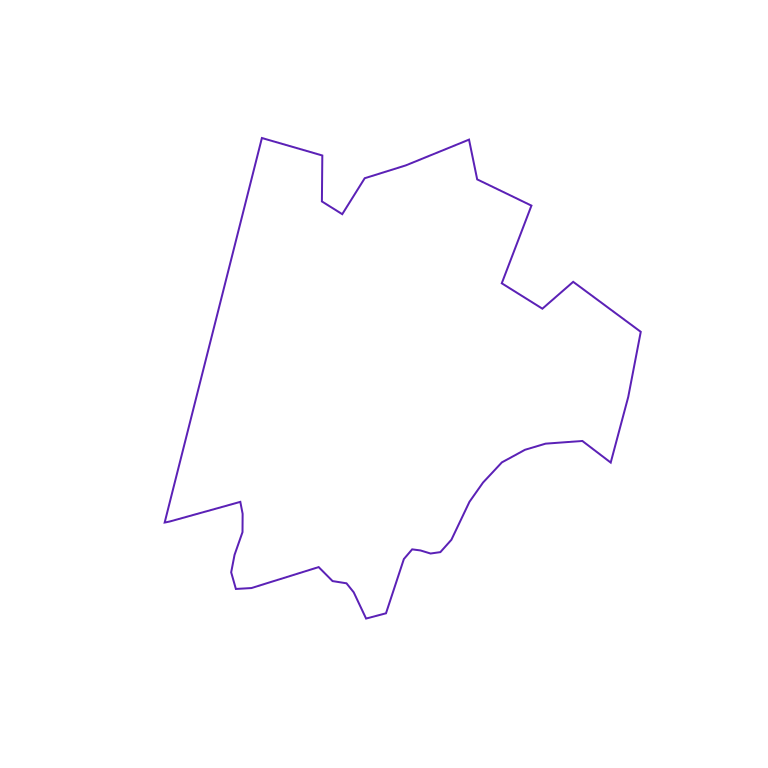 Vainodes, Equal Earth projection, rotated 122°
{"feature_id": "LVA-5713", "entity_name": "Vainodes", "entity_type": "Municipality", "adm_level": 1, "iso_a3": "LVA", "parent_name": "Latvia", "parent_adm1": "", "projection": "equal_earth", "projection_center": [21.86, 56.449], "detail": "fine", "context": "isolated", "style": "outline", "palette": "violet", "viewbox_px": 768, "rotation_deg": 122, "n_neighbors": 0, "source": "natural_earth", "source_scale": "10m", "svg_char_len": 706}
<svg xmlns="http://www.w3.org/2000/svg" viewBox="0 0 768 768"><g transform="rotate(122 384 384)"><path d="M590.4,505.4L240.1,617.9L222.9,557.4L262.1,533.4L262.1,509.4L219.7,509.4L187.1,481.4L131.7,441.4L161.1,413.4L154.6,353.5L236.2,337.5L236.2,289.6L197.1,277.7L203.7,193.9L265.6,170.0L330.5,150.1L327.2,185.6L349.0,215.4L365.1,229.6L388.0,242.5L415.1,247.8L438.6,249.1L480.4,244.3L496.7,247.1L503.1,254.7L505.8,264.8L509.3,272.5L521.9,274.4L577.4,260.8L592.4,274.9L576.7,299.3L572.9,310.2L578.4,323.2L573.9,342.4L627.3,388.3L636.3,401.0L624.7,413.8L608.1,420.2L584.6,425.5L569.0,435.1L560.1,443.4L614.1,492.8L617.0,495.8L617.7,496.6L590.4,505.4Z" fill="none" stroke="#5b21b6" stroke-width="2"/></g></svg>